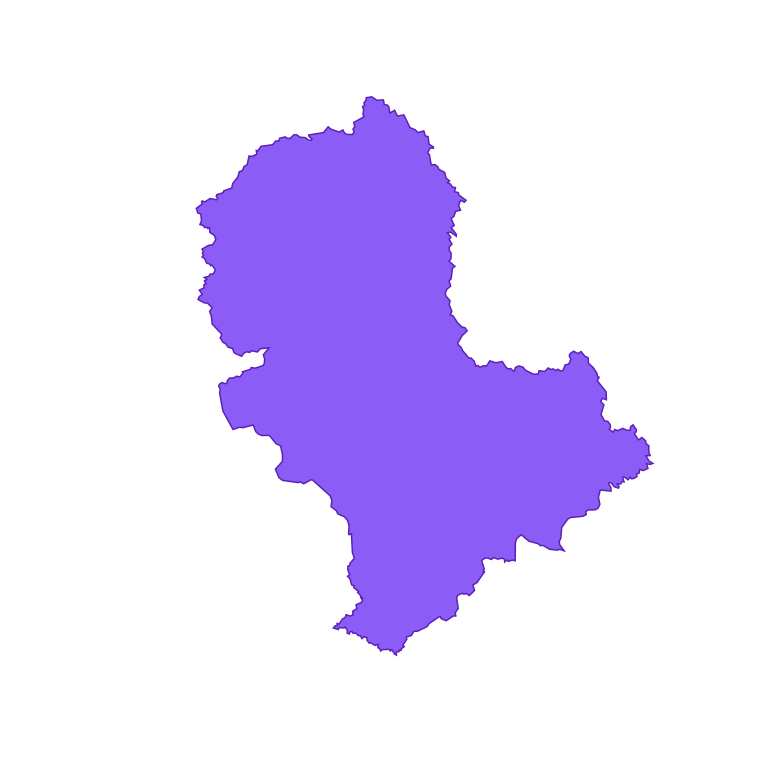 Flavio Alfaro, Manabi, Ecuador, rotated 310°
{"feature_id": "8360857B52288748558736", "entity_name": "Flavio Alfaro", "entity_type": "district", "adm_level": 2, "iso_a3": "ECU", "parent_name": "Ecuador", "parent_adm1": "Manabi", "projection": "natural_earth1", "projection_center": [-79.814, -0.325], "detail": "fine", "context": "isolated", "style": "filled", "palette": "violet", "viewbox_px": 768, "rotation_deg": 310, "n_neighbors": 0, "source": "geoboundaries", "source_scale": "gbopen_adm2", "svg_char_len": 6171}
<svg xmlns="http://www.w3.org/2000/svg" viewBox="0 0 768 768"><g transform="rotate(310 384 384)"><path d="M514.9,564.5L520.7,559.3L523.6,545.3L527.4,544.4L526.9,543.1L529.2,540.0L531.1,533.3L531.3,527.4L535.3,523.5L534.4,519.9L535.5,514.1L532.0,513.0L531.0,508.2L526.9,507.0L524.6,507.8L522.9,511.3L519.3,512.4L517.8,512.6L515.1,510.5L509.4,512.4L507.5,510.9L507.0,507.6L504.7,506.9L504.3,503.8L502.5,502.7L501.8,499.4L497.0,499.2L493.9,494.2L490.9,495.7L487.7,492.5L485.4,483.2L486.3,479.8L484.5,475.6L481.1,474.0L478.1,475.4L477.1,475.0L477.3,471.2L475.4,469.4L475.2,467.1L477.2,460.1L472.1,456.0L469.8,450.2L463.7,451.0L461.9,448.4L458.5,446.9L458.5,444.0L456.7,442.6L459.4,438.7L459.9,434.2L458.5,432.1L460.1,422.8L461.6,419.6L462.0,415.0L463.1,414.1L471.4,412.8L478.2,413.5L479.2,410.0L477.8,407.0L478.1,401.3L480.6,393.0L479.6,390.4L483.3,389.2L486.8,382.8L490.2,381.1L491.2,375.1L493.0,372.4L496.9,371.3L501.8,372.1L504.8,367.6L507.7,367.8L516.9,361.9L519.7,362.7L519.9,354.8L522.9,354.9L527.5,351.2L528.3,348.1L530.7,346.0L534.9,346.1L536.8,340.7L539.3,341.0L540.6,335.2L543.2,337.6L543.7,344.3L545.2,343.0L547.0,334.9L550.6,335.9L554.0,328.9L557.3,329.8L562.3,327.9L566.3,330.9L568.6,326.6L571.8,325.1L574.2,325.1L574.9,328.7L577.5,328.8L576.9,320.4L578.3,317.7L576.6,314.4L580.4,312.5L578.9,309.6L579.9,306.2L579.0,303.3L581.7,303.7L581.6,299.3L585.1,294.4L583.7,288.1L585.0,285.7L584.8,281.9L582.2,279.3L588.8,271.5L589.4,268.6L594.5,267.8L596.2,270.2L597.3,269.8L596.7,264.4L601.8,258.7L600.6,256.2L603.5,251.8L598.4,248.3L598.8,244.4L597.1,239.2L602.9,226.2L597.9,222.1L600.5,216.2L595.3,214.3L599.6,209.3L599.8,207.4L598.3,204.5L601.3,200.9L596.9,196.4L596.1,190.0L591.9,186.4L589.7,187.9L586.5,187.9L585.0,190.1L582.5,189.4L581.2,192.0L577.4,194.3L575.7,196.8L564.9,192.7L562.2,196.3L559.3,196.4L557.9,199.0L554.9,199.5L551.4,195.3L550.8,192.6L552.2,189.2L548.2,187.7L545.2,179.8L545.1,175.9L537.7,176.0L526.3,166.2L525.4,167.4L525.5,171.2L523.9,171.6L522.3,169.1L522.2,165.5L518.9,160.7L518.9,157.3L517.1,154.8L511.7,154.2L509.8,151.4L509.9,149.6L505.1,146.0L502.7,147.3L500.5,144.8L495.7,144.9L487.0,137.0L481.2,137.5L480.8,136.1L478.3,138.8L473.3,136.5L472.0,134.0L464.1,138.2L460.4,137.0L456.5,138.4L453.7,136.6L448.8,138.9L440.2,139.3L436.3,141.4L429.0,137.1L427.2,137.9L421.5,134.2L420.0,134.8L419.5,137.1L417.5,137.3L414.4,131.6L408.4,129.7L407.3,127.0L406.0,127.3L405.5,129.1L397.9,127.3L395.4,131.3L396.4,134.5L391.7,139.3L387.8,140.5L389.2,143.4L388.5,146.0L390.1,147.1L389.8,149.0L391.6,149.8L388.2,153.1L388.8,158.7L386.4,162.4L380.6,163.2L377.3,160.4L370.3,157.9L369.6,160.2L367.4,160.9L366.7,162.9L364.4,163.0L364.8,165.7L362.6,170.6L363.8,173.1L363.2,175.1L364.6,175.8L363.0,181.7L358.3,182.3L356.5,180.2L353.9,180.6L350.1,177.8L350.2,181.2L347.5,180.2L346.4,183.2L344.4,182.2L342.0,184.3L337.2,182.2L335.9,187.1L332.3,186.3L329.2,187.2L330.6,194.0L332.5,196.9L331.9,203.4L327.5,203.8L325.1,208.0L319.5,213.9L317.8,227.9L314.0,228.9L312.4,233.8L313.1,236.9L312.0,240.7L313.8,245.3L311.8,248.5L311.8,250.6L313.7,257.2L317.3,256.8L320.3,258.0L321.9,260.8L324.5,261.3L327.1,266.4L331.5,266.6L337.8,272.6L328.8,272.8L326.5,276.5L322.3,279.4L319.8,279.2L313.3,275.1L311.3,271.7L309.2,272.2L302.3,267.7L302.0,268.9L297.0,269.1L294.9,265.8L292.2,265.1L289.2,261.8L285.5,261.9L283.8,263.2L282.2,262.2L281.0,259.0L278.3,258.1L276.2,258.6L274.4,262.2L271.5,263.8L259.7,278.0L252.1,297.6L258.3,301.3L259.6,303.8L268.5,310.2L265.1,316.3L264.8,319.9L266.0,323.5L270.9,329.2L268.9,339.8L270.2,344.4L265.0,351.2L259.7,355.9L248.9,355.6L244.8,363.7L245.0,368.3L253.3,381.6L255.2,382.9L256.0,386.7L263.7,389.6L264.5,391.0L263.7,414.7L261.2,419.0L256.0,422.3L256.3,428.9L254.8,432.1L256.9,439.2L256.0,444.0L252.8,448.5L246.4,453.2L246.1,454.1L248.3,455.4L234.6,468.1L231.5,473.3L224.9,473.2L223.0,474.4L221.2,473.4L218.4,475.8L215.9,480.2L213.3,479.7L212.9,483.1L209.3,488.4L210.0,490.8L208.6,491.6L208.7,497.9L207.4,497.8L206.8,502.4L205.6,503.2L206.2,505.1L205.1,504.6L204.3,506.8L202.0,507.0L196.9,504.5L194.4,507.6L189.9,506.1L187.1,508.7L184.4,507.1L183.0,503.3L180.2,504.3L177.2,503.2L171.2,503.9L170.5,502.0L169.0,503.4L167.0,501.9L164.5,502.1L166.5,506.7L168.8,506.4L171.4,510.3L172.9,510.5L171.7,514.3L169.4,516.0L170.4,518.2L171.8,517.2L173.9,518.4L173.1,520.4L175.0,522.3L174.7,525.9L175.9,527.9L174.8,530.8L177.6,531.1L178.7,534.4L176.7,535.8L176.0,539.4L177.2,539.9L178.0,545.2L180.7,546.8L178.0,548.9L178.6,550.8L177.3,553.0L179.7,553.7L184.2,558.8L183.5,560.4L185.5,560.8L183.9,565.6L184.3,567.8L186.6,565.7L188.7,567.5L189.8,566.7L190.9,568.3L192.2,567.4L195.8,568.3L196.2,566.3L203.1,565.6L204.4,563.7L208.9,566.6L213.8,565.9L216.2,568.6L225.7,572.9L229.4,572.6L240.8,575.7L242.0,576.8L241.0,578.8L242.6,583.8L250.8,586.2L252.4,588.1L254.7,585.6L259.8,585.1L266.8,577.2L269.5,576.2L274.2,578.6L274.3,580.2L276.7,582.1L276.7,585.2L278.8,585.6L284.0,586.1L287.2,581.3L291.7,582.9L304.6,581.7L303.9,580.6L306.7,579.8L311.5,572.3L315.4,573.2L317.3,575.2L318.5,578.9L321.5,579.7L322.9,583.6L326.9,586.9L327.0,588.9L325.3,590.9L328.0,591.2L328.1,593.3L331.7,595.6L332.9,598.1L347.1,586.5L351.4,585.0L356.8,586.1L356.7,595.9L360.6,604.5L360.7,607.6L362.6,609.8L363.8,617.1L368.0,623.4L370.3,624.9L372.0,629.2L373.8,622.1L375.8,619.6L379.8,618.4L388.2,612.4L398.6,611.6L401.6,612.7L410.4,621.3L414.0,622.9L415.7,620.8L418.5,621.1L423.4,626.7L426.4,627.8L430.6,626.7L435.0,621.1L441.8,617.8L447.9,626.8L450.8,624.0L451.9,620.2L453.0,619.8L454.4,621.5L453.3,626.3L454.9,630.5L456.5,630.0L457.4,626.9L459.6,629.6L462.2,629.0L463.3,630.8L466.0,626.6L467.3,628.1L467.5,632.5L471.0,632.4L470.5,634.4L471.7,635.8L475.6,637.3L477.7,635.4L479.8,636.7L482.8,634.7L484.3,638.2L489.0,640.5L491.6,636.4L493.5,639.6L496.0,641.0L495.4,636.3L497.4,630.7L500.3,633.9L502.0,630.7L506.9,626.6L506.9,622.9L508.7,620.7L508.7,615.9L505.0,615.0L505.0,613.8L507.0,607.7L509.8,607.8L511.2,606.7L512.8,601.0L509.8,600.3L506.7,602.3L504.6,599.5L503.5,595.5L498.3,592.8L497.6,590.1L494.4,590.4L494.0,585.7L496.6,585.3L498.3,583.3L499.2,579.5L497.5,576.5L500.1,569.9L509.3,565.9L509.9,561.2L513.3,560.5L514.9,564.5Z" fill="#8b5cf6" stroke="#5b21b6" stroke-width="1.5"/></g></svg>